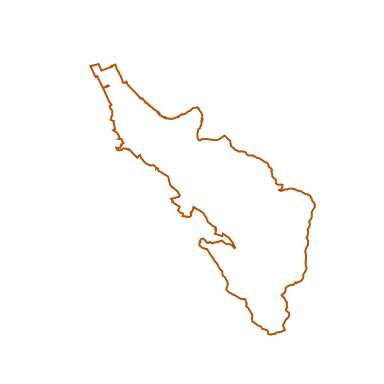 Cracaoani, Neamt, Romania, rotated 215°
{"feature_id": "2599482B97908448489139", "entity_name": "Cracaoani", "entity_type": "district", "adm_level": 2, "iso_a3": "ROU", "parent_name": "Romania", "parent_adm1": "Neamt", "projection": "robinson", "projection_center": [26.231, 47.104], "detail": "fine", "context": "isolated", "style": "outline", "palette": "amber", "viewbox_px": 384, "rotation_deg": 215, "n_neighbors": 0, "source": "geoboundaries", "source_scale": "gbopen_adm2", "svg_char_len": 6021}
<svg xmlns="http://www.w3.org/2000/svg" viewBox="0 0 384 384"><g transform="rotate(215 192 192)"><path d="M93.0,256.6L95.3,256.5L97.9,255.4L103.5,255.0L106.0,253.8L108.9,253.3L109.3,252.9L110.2,253.2L111.2,252.3L112.6,251.9L113.9,250.9L115.2,248.9L117.5,247.4L119.4,244.1L121.9,243.4L122.0,243.6L120.3,244.5L120.0,245.4L121.0,247.0L120.9,248.0L121.9,249.7L123.9,248.8L125.8,247.1L128.0,247.2L129.3,248.5L130.1,249.9L130.6,250.3L133.9,250.4L135.5,251.0L136.8,253.0L138.8,254.2L138.8,255.5L139.9,256.4L141.6,256.8L142.8,256.4L146.2,258.8L151.0,258.3L154.2,258.4L156.6,258.1L158.3,257.3L160.6,257.2L162.0,256.7L164.2,256.4L165.0,255.2L167.0,254.3L168.9,254.1L170.0,255.0L171.6,255.2L174.8,253.8L175.7,252.8L177.0,252.0L180.8,251.3L182.3,251.6L186.1,251.9L190.4,256.0L194.0,256.0L195.4,256.6L197.8,256.8L198.9,253.9L199.5,251.9L201.2,249.0L202.9,247.7L204.7,246.7L211.2,243.4L212.3,242.3L214.3,241.0L215.0,238.7L216.2,238.4L217.9,239.0L221.3,243.0L221.9,245.3L222.8,246.8L222.1,248.5L223.0,252.2L223.9,254.6L225.0,255.2L224.4,256.3L224.9,256.8L226.0,257.4L225.4,258.0L226.7,259.3L227.9,261.2L231.1,262.7L234.7,263.9L235.1,264.1L234.9,264.4L235.9,264.6L239.3,261.3L240.0,258.5L239.9,257.9L241.4,255.6L242.4,251.9L244.1,250.3L245.0,249.9L244.9,249.4L245.4,248.2L246.0,247.8L245.9,246.8L246.4,246.1L246.3,245.4L246.4,245.2L246.9,245.2L248.1,243.6L248.9,242.0L250.9,239.9L252.8,238.9L253.6,238.8L254.8,238.0L255.3,238.0L255.2,237.5L256.7,237.0L257.0,237.0L256.7,237.8L256.9,237.9L257.2,237.8L257.7,237.0L258.3,237.2L258.5,236.9L260.0,236.6L260.5,236.9L261.5,236.7L261.9,236.9L262.2,236.5L262.9,236.6L262.7,236.8L263.1,236.9L263.9,237.9L264.5,237.5L265.4,238.2L265.9,238.1L266.0,237.5L266.4,237.8L268.0,238.1L269.9,238.0L271.0,237.7L272.1,238.4L274.9,238.1L276.3,238.7L277.3,238.3L278.2,238.9L278.7,238.6L279.5,238.9L280.3,238.9L280.7,239.1L281.5,238.4L282.7,239.1L286.1,240.2L286.7,239.2L288.2,239.8L288.6,239.1L290.6,239.8L297.3,241.4L302.4,242.2L305.7,242.9L307.1,243.5L309.0,244.8L309.8,242.7L311.6,242.0L313.3,243.6L316.4,245.8L317.7,246.5L318.8,246.7L320.1,247.8L322.9,249.1L324.1,249.3L325.3,250.7L327.8,252.5L330.1,249.3L329.3,248.8L330.1,247.5L330.4,247.6L335.8,239.5L341.9,243.2L347.4,236.8L336.9,230.9L336.5,231.2L336.5,232.3L336.3,232.5L335.9,232.4L324.8,226.2L322.2,229.7L322.7,229.9L321.6,231.4L321.2,231.3L321.6,230.6L321.3,230.5L324.5,226.1L311.3,218.4L307.9,217.1L308.7,215.2L306.7,213.4L305.1,213.4L303.7,212.4L301.2,208.9L301.3,207.2L300.5,206.3L300.2,205.2L300.3,204.7L300.0,204.4L296.4,205.2L296.4,204.4L295.6,203.5L291.0,199.4L292.1,197.4L289.8,197.3L288.1,197.6L287.0,197.4L285.1,196.7L282.6,194.9L282.4,194.1L282.6,193.4L280.9,194.6L280.1,194.8L278.8,194.5L278.2,193.7L276.2,192.7L276.8,191.3L276.6,191.4L276.6,189.0L276.2,187.2L277.1,186.6L277.9,185.2L279.4,184.8L278.0,183.6L277.1,184.2L276.5,183.8L274.5,185.1L274.0,186.1L273.5,186.4L273.5,187.8L273.0,188.4L271.2,189.6L270.0,189.8L269.3,190.5L268.4,190.0L267.9,190.9L266.2,190.7L263.8,190.0L257.0,188.7L256.4,188.7L256.3,190.7L255.8,192.4L252.9,190.5L251.2,190.3L249.8,189.6L246.1,189.0L242.1,189.5L241.4,190.1L240.6,190.3L239.7,191.5L239.1,191.8L237.4,191.7L236.9,191.9L235.3,191.3L235.1,191.0L235.1,191.3L234.2,191.2L233.4,191.7L233.0,191.1L232.2,190.4L231.4,190.2L227.1,190.6L225.5,190.4L225.3,190.6L220.4,191.0L216.5,187.4L213.7,185.2L211.7,184.9L211.3,184.6L210.9,184.9L210.3,184.4L210.0,184.7L204.4,184.2L200.0,182.3L200.0,181.0L200.5,180.5L200.2,180.0L201.5,178.9L202.2,177.8L205.3,174.4L202.6,173.6L202.4,172.4L201.2,172.8L199.9,172.5L193.7,172.9L193.2,172.0L193.0,168.9L190.5,168.2L187.0,169.1L185.9,166.8L182.9,168.6L182.8,168.3L179.8,170.0L179.5,170.4L179.2,172.1L179.3,172.8L181.0,173.5L180.9,174.4L181.3,175.0L180.8,175.4L181.0,177.0L181.0,177.4L181.2,177.8L181.0,178.0L181.1,178.6L181.6,178.9L181.5,179.6L182.3,180.3L182.2,180.7L182.7,180.9L179.4,180.6L174.5,181.4L170.6,181.2L163.7,178.2L162.4,176.7L155.0,176.1L152.0,176.6L151.7,176.2L152.0,175.6L151.6,175.1L151.5,174.6L150.3,174.7L149.2,171.0L141.8,173.2L142.7,175.6L134.9,175.7L133.8,175.0L132.5,174.8L128.8,173.4L127.9,172.7L124.7,171.1L124.9,170.4L129.0,171.3L131.2,170.9L133.2,169.5L134.4,169.1L137.0,169.0L139.4,169.5L140.2,168.7L140.2,168.4L141.5,167.1L141.6,166.3L144.4,163.8L145.2,162.8L145.5,161.9L146.6,161.2L147.9,161.5L149.0,161.3L149.1,159.8L149.7,159.3L151.0,159.1L154.6,160.2L156.1,160.3L157.3,159.0L157.6,157.5L157.3,157.1L157.5,156.7L157.3,156.5L156.5,156.1L156.9,154.8L155.5,152.9L154.7,152.3L153.0,152.5L151.4,152.3L148.0,153.2L146.9,153.9L146.5,153.9L145.9,153.4L140.2,150.9L138.0,150.3L133.0,148.2L131.9,148.2L129.2,147.2L127.9,146.3L124.6,144.7L121.9,144.6L120.4,142.6L118.8,141.2L115.8,141.0L114.7,140.2L112.0,139.2L110.7,137.9L110.2,137.7L109.5,136.4L108.9,134.5L108.9,134.0L108.1,131.9L104.6,131.0L103.6,131.0L101.6,131.6L100.1,131.3L98.5,131.9L91.3,132.4L89.6,132.9L87.7,134.5L86.7,134.6L82.8,131.6L82.6,130.2L82.3,129.6L80.0,129.4L72.6,126.3L71.3,125.0L70.6,122.9L69.7,121.8L67.7,120.3L66.5,120.7L61.7,120.5L58.0,121.2L56.1,120.3L51.2,121.9L49.5,121.0L48.1,119.4L46.1,120.1L45.1,120.7L44.9,121.4L42.4,123.6L42.6,124.8L41.5,126.2L39.8,127.2L39.8,127.7L38.0,129.7L37.9,130.6L36.6,132.2L41.3,135.1L41.1,136.2L41.9,140.8L41.3,143.3L41.5,144.1L41.3,144.6L41.3,145.7L42.3,147.8L43.5,148.6L47.1,149.0L48.0,150.2L47.9,152.2L49.5,153.7L50.1,154.8L51.2,156.2L52.4,156.4L56.2,158.2L59.1,158.7L59.5,159.0L58.8,160.9L58.3,163.0L58.9,164.8L60.2,167.1L59.9,168.9L58.3,171.8L57.2,172.8L56.8,173.6L55.4,174.5L55.4,175.9L55.2,176.8L55.3,177.3L54.2,177.3L53.5,179.1L52.0,181.0L51.7,181.6L51.5,184.9L51.9,186.0L53.4,188.1L53.6,189.7L53.6,191.4L54.2,195.0L57.1,197.6L59.4,200.7L60.1,202.4L62.8,206.3L64.4,207.4L65.4,208.6L65.5,209.6L65.9,210.2L66.3,212.3L66.8,213.1L66.6,214.5L67.1,216.0L67.5,216.2L68.7,218.6L72.0,220.2L72.2,222.5L73.9,226.1L75.9,227.8L75.8,229.7L76.5,232.6L77.2,233.6L78.8,234.7L79.0,235.2L79.1,238.7L79.7,240.5L82.4,244.2L82.8,248.1L82.8,250.6L84.0,251.5L85.0,252.9L87.9,253.5L91.9,256.1L93.0,256.6Z" fill="none" stroke="#b45309" stroke-width="2"/></g></svg>